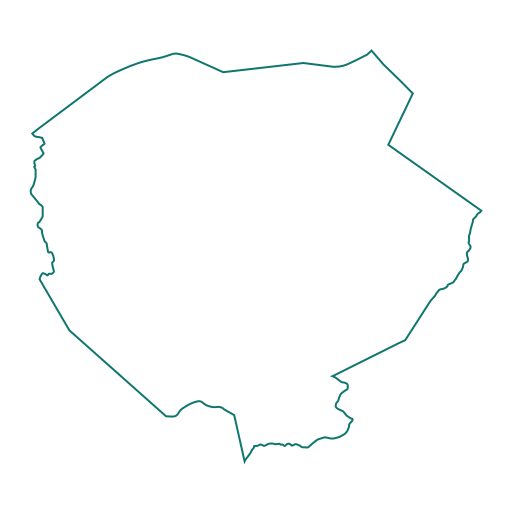 outline of San Juan, Intibucá, Honduras
{"feature_id": "27666195B28906986091339", "entity_name": "San Juan", "entity_type": "district", "adm_level": 2, "iso_a3": "HND", "parent_name": "Honduras", "parent_adm1": "Intibucá", "projection": "natural_earth1", "projection_center": [-88.422, 14.413], "detail": "fine", "context": "isolated", "style": "outline", "palette": "teal", "viewbox_px": 512, "rotation_deg": 0, "n_neighbors": 0, "source": "geoboundaries", "source_scale": "gbopen_adm2", "svg_char_len": 5917}
<svg xmlns="http://www.w3.org/2000/svg" viewBox="0 0 512 512"><path d="M172.6,416.6L174.0,416.4L175.0,416.2L175.7,415.9L176.5,415.4L177.2,414.7L177.9,414.0L178.5,413.1L179.6,411.3L180.1,410.7L180.9,409.8L181.8,409.0L183.1,408.1L186.0,406.2L187.9,405.1L189.9,404.1L192.0,403.1L193.2,402.6L195.1,402.0L196.5,401.6L197.8,401.3L198.8,401.2L200.0,401.3L200.6,401.5L201.3,401.7L202.2,402.3L204.2,403.9L205.8,404.9L207.7,405.8L209.6,406.4L211.2,406.8L213.1,407.1L215.4,407.1L217.9,406.9L218.7,406.9L220.1,407.1L221.2,407.4L222.0,407.8L222.9,408.3L223.3,408.6L224.1,409.4L234.2,415.1L244.6,461.4L245.3,459.9L250.1,453.5L250.6,452.7L251.7,450.6L252.6,449.1L253.2,448.6L253.5,448.2L254.0,447.2L254.1,446.8L254.0,446.3L254.1,446.1L257.3,445.9L258.6,445.3L259.7,444.7L260.4,444.5L261.1,444.6L261.8,444.9L263.5,445.7L264.1,445.8L264.5,445.8L265.0,445.7L266.4,444.9L268.4,443.9L269.8,443.6L270.6,443.5L271.5,443.5L273.1,443.6L273.6,443.7L274.5,444.1L275.3,444.2L276.9,444.1L277.6,444.0L278.6,443.8L279.3,443.8L279.7,443.9L280.0,444.2L280.2,444.4L280.6,444.6L281.4,444.6L282.1,444.5L282.5,444.6L283.2,444.9L283.7,445.5L284.1,445.7L284.5,445.9L284.8,445.9L285.3,445.6L286.2,444.8L287.4,443.9L287.8,443.8L288.5,443.7L289.1,443.8L290.4,444.3L290.9,444.7L291.4,445.4L291.8,445.6L292.1,445.6L292.6,445.4L295.3,444.2L295.9,444.2L296.6,444.3L298.2,445.0L299.9,445.6L300.2,445.8L300.8,446.4L301.2,446.7L302.0,447.2L303.2,447.3L305.1,447.3L306.8,447.5L307.4,447.5L308.0,447.3L309.3,446.4L312.2,443.7L316.0,440.7L317.6,439.6L318.8,439.1L324.7,437.3L325.3,437.4L326.8,437.6L329.4,438.2L330.1,438.4L331.1,438.5L332.5,438.5L334.0,438.4L335.0,438.2L339.3,437.0L340.0,436.7L341.3,435.9L343.4,434.8L344.2,434.3L345.6,433.1L346.2,432.4L346.7,431.8L347.7,430.2L348.4,428.4L349.0,426.7L349.1,426.0L349.1,425.0L349.2,424.5L349.4,424.1L349.8,423.5L350.1,423.0L350.5,422.7L351.2,422.0L351.9,421.3L352.4,420.3L352.6,419.8L352.6,419.5L352.5,419.2L352.2,418.8L351.8,418.7L351.2,418.5L350.7,418.3L348.9,417.2L346.9,415.8L346.4,415.3L343.6,411.9L343.0,411.3L342.3,410.9L341.4,410.5L339.9,409.9L339.1,409.5L337.1,408.3L336.6,407.9L336.2,407.4L335.9,406.9L335.7,406.5L335.7,405.7L335.8,404.8L335.9,404.3L336.1,403.7L336.3,403.2L336.7,402.6L337.8,401.5L338.2,400.8L339.1,397.8L339.8,396.0L340.2,395.1L340.6,394.3L341.3,393.5L342.3,392.6L344.7,390.9L346.2,389.9L347.0,389.5L347.4,389.1L347.7,388.0L347.8,386.7L347.8,385.5L347.5,384.5L347.3,384.1L346.8,383.7L346.3,383.4L345.5,383.0L343.8,382.5L342.1,382.2L341.6,382.1L339.9,380.9L335.5,377.6L334.0,376.8L332.5,376.2L398.7,343.2L405.2,340.2L430.6,300.7L435.1,295.7L435.8,294.3L436.4,293.4L438.9,290.2L439.2,289.9L439.3,289.8L441.1,289.2L443.8,288.6L444.5,288.3L445.8,287.6L446.6,287.0L447.2,286.5L447.5,286.0L447.6,285.2L447.8,284.9L448.0,284.7L449.5,284.0L452.4,282.8L453.0,282.5L453.5,282.0L453.8,281.6L454.6,280.4L455.7,279.2L456.1,278.5L456.5,277.8L457.0,276.8L457.5,275.8L459.0,273.4L459.8,272.3L461.1,271.0L461.6,270.2L462.2,269.0L462.9,267.2L463.1,266.1L463.3,264.7L463.5,264.1L463.9,263.7L465.0,263.0L467.2,261.8L467.5,261.5L467.7,261.2L467.9,260.8L467.9,260.3L468.0,259.6L468.0,259.1L467.8,258.1L467.1,255.7L466.8,253.6L466.8,253.2L466.9,252.7L467.4,252.0L467.8,251.5L468.8,250.6L469.4,249.8L470.2,248.5L470.4,247.9L470.5,247.4L470.6,246.9L470.5,246.3L470.3,245.9L469.8,245.2L469.3,244.4L468.8,243.3L468.6,242.7L468.7,242.0L469.0,241.3L469.1,240.8L469.0,236.0L469.1,235.4L469.6,234.3L469.9,233.5L470.2,232.1L470.5,229.9L470.9,228.4L471.9,224.8L472.9,221.7L472.9,221.2L472.9,220.4L472.9,220.0L473.2,219.4L473.7,218.8L474.7,217.7L475.5,217.0L475.9,216.6L476.7,215.2L477.7,213.9L478.3,213.3L479.5,212.7L480.0,212.3L480.6,211.7L481.3,210.7L388.3,144.8L412.8,93.5L400.3,80.8L383.5,64.5L371.5,50.6L367.2,54.6L356.1,60.2L348.5,63.8L346.6,64.6L344.8,65.2L343.0,65.8L340.0,66.4L338.1,66.6L336.3,66.7L334.4,66.8L332.6,66.7L303.4,63.0L223.2,72.2L190.2,57.3L188.4,56.6L186.0,55.8L183.6,55.1L180.3,54.3L177.4,53.7L176.5,53.6L175.2,53.6L174.0,53.7L172.9,53.9L166.3,56.1L162.6,57.2L158.9,58.1L151.9,59.5L147.1,60.6L142.4,61.8L137.7,63.3L131.1,65.7L124.1,68.6L117.2,71.7L113.8,73.3L110.8,75.0L108.0,76.6L105.4,78.5L39.3,128.0L32.3,133.5L33.2,134.7L34.2,135.8L34.9,136.3L35.5,136.6L39.3,137.2L42.3,137.9L42.5,138.8L43.9,142.0L44.4,143.4L44.5,143.7L44.4,144.0L44.2,144.2L43.4,144.7L42.7,145.1L41.1,146.6L40.5,147.3L40.5,147.5L40.6,147.9L41.3,149.3L42.3,151.1L43.4,152.9L43.5,153.3L43.5,153.6L42.7,154.7L42.1,155.4L41.1,156.3L40.5,157.0L39.7,157.8L39.3,158.1L38.1,158.5L36.4,159.4L35.0,160.5L34.6,160.9L34.4,161.3L34.3,162.1L34.4,163.6L34.7,164.4L35.0,165.3L35.1,165.7L35.0,166.0L34.9,166.3L34.2,166.9L35.6,169.5L35.6,171.4L35.6,176.4L35.5,177.7L35.3,178.6L34.7,181.0L33.6,184.8L32.9,186.3L32.5,187.0L31.5,188.3L31.3,188.8L31.0,189.5L30.8,190.2L30.7,191.0L30.7,191.8L30.8,192.6L31.1,193.6L31.6,194.5L36.5,200.4L39.3,204.1L40.4,204.7L41.4,205.4L42.1,206.2L42.6,207.0L42.7,207.6L42.7,208.2L42.7,215.6L42.6,216.5L42.3,217.2L41.7,218.3L39.3,222.2L38.9,222.2L38.6,222.4L38.2,222.7L38.0,223.0L37.8,223.5L37.6,224.6L37.6,225.3L37.7,225.8L38.0,226.7L38.3,227.2L38.7,227.5L39.3,227.8L39.8,228.2L41.3,229.4L41.9,230.4L42.1,231.0L42.0,232.4L42.2,233.6L43.4,237.7L44.4,240.6L44.6,241.2L45.0,241.7L46.3,242.9L46.5,243.3L46.7,243.8L47.3,247.7L47.9,251.3L48.0,251.8L48.3,252.2L48.8,252.5L49.3,252.5L50.1,252.2L50.7,252.1L51.3,252.4L51.9,252.8L52.3,253.5L52.7,254.5L53.3,256.0L53.8,258.0L54.0,259.6L54.0,260.3L53.8,260.9L53.5,261.4L52.8,261.9L52.5,262.2L52.3,262.6L52.2,263.2L52.3,264.5L52.8,267.1L53.1,268.2L53.6,269.8L53.8,270.7L53.9,271.1L53.8,271.5L53.7,271.9L53.5,272.3L53.1,272.8L52.6,273.2L52.1,273.5L51.6,273.8L51.2,273.9L50.8,273.9L49.6,273.7L48.9,273.8L48.4,274.3L47.9,275.1L47.7,275.2L47.5,275.3L47.3,275.3L46.9,275.1L45.9,274.3L44.7,273.8L43.1,273.2L42.8,273.2L42.5,273.3L42.3,273.5L41.8,274.2L41.3,275.0L40.6,276.2L40.0,277.7L39.6,279.3L69.4,330.4L166.1,416.3L172.6,416.6Z" fill="none" stroke="#0f766e" stroke-width="2"/></svg>